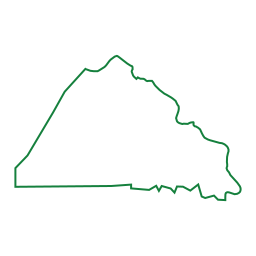 Perry, Missouri, United States of America (Mercator projection)
{"feature_id": "52423323B47197151820416", "entity_name": "Perry", "entity_type": "district", "adm_level": 2, "iso_a3": "USA", "parent_name": "United States of America", "parent_adm1": "Missouri", "projection": "mercator", "projection_center": [-89.676, 37.736], "detail": "fine", "context": "isolated", "style": "outline", "palette": "green", "viewbox_px": 256, "rotation_deg": 0, "n_neighbors": 0, "source": "geoboundaries", "source_scale": "gbopen_adm2", "svg_char_len": 1669}
<svg xmlns="http://www.w3.org/2000/svg" viewBox="0 0 256 256"><path d="M111.3,186.0L131.1,184.6L131.1,188.4L149.1,189.9L156.2,185.8L158.9,190.9L161.7,186.0L170.7,188.5L174.5,192.6L177.0,186.5L183.0,186.7L190.3,190.6L198.2,184.5L201.7,196.5L205.2,198.0L214.0,195.6L218.0,199.7L225.3,200.1L225.3,198.1L225.3,197.5L225.4,194.6L225.6,193.7L225.9,193.0L227.0,192.3L227.9,192.2L229.4,192.5L234.6,194.2L237.2,193.8L238.9,192.9L240.1,191.7L240.6,189.9L240.6,188.7L240.4,187.6L239.8,186.2L237.3,182.7L230.4,175.1L229.0,172.3L227.3,170.3L226.6,168.3L226.8,167.2L227.2,166.4L227.2,164.2L226.9,162.0L227.1,156.9L227.9,153.3L228.5,151.4L228.5,149.5L227.8,147.6L227.0,146.4L225.2,144.8L223.9,144.0L222.0,143.2L219.6,142.9L210.2,140.3L207.9,139.5L204.6,137.7L203.3,135.9L201.9,133.3L200.1,129.4L198.2,127.8L196.0,126.5L194.8,126.3L193.7,125.3L193.5,124.5L193.6,122.9L193.5,122.4L193.2,122.2L190.9,122.5L189.6,122.9L187.8,123.9L183.7,123.7L182.3,124.0L179.3,123.1L177.7,122.1L177.0,121.2L176.8,120.6L176.1,118.1L176.7,116.1L177.4,114.2L178.4,111.2L178.8,108.9L178.7,106.7L178.4,105.9L177.5,104.8L175.6,100.9L174.0,99.6L172.9,98.7L171.2,97.5L166.6,94.8L164.4,93.7L159.5,89.9L155.5,85.9L154.4,84.5L153.2,82.4L152.0,80.9L148.6,80.9L147.2,81.1L146.1,80.6L144.6,79.3L143.5,78.8L140.4,78.7L138.6,77.9L137.8,77.4L136.4,78.9L133.9,76.6L133.1,75.5L131.7,71.7L131.9,70.5L132.6,69.3L132.5,67.0L132.0,66.2L130.5,65.6L127.2,63.5L119.6,57.6L117.5,56.1L116.8,55.9L114.7,56.6L110.7,59.6L109.3,61.1L106.1,65.4L104.5,67.0L99.1,70.4L97.6,71.2L93.8,71.2L90.4,70.8L85.7,69.1L85.4,68.9L64.7,91.7L53.1,112.4L27.5,155.5L15.4,168.1L15.4,186.8L111.3,186.0Z" fill="none" stroke="#15803d" stroke-width="2"/></svg>